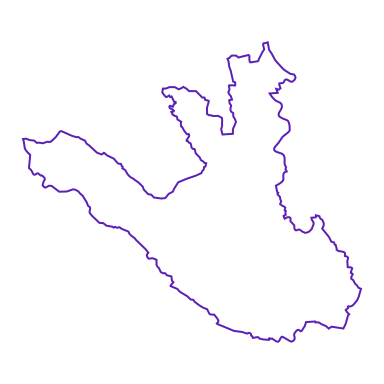 Nho Quan, Ninh Bình, Vietnam (orthographic projection)
{"feature_id": "81297802B37600217906847", "entity_name": "Nho Quan", "entity_type": "district", "adm_level": 2, "iso_a3": "VNM", "parent_name": "Vietnam", "parent_adm1": "Ninh Bình", "projection": "orthographic", "projection_center": [105.744, 20.312], "detail": "fine", "context": "isolated", "style": "outline", "palette": "violet", "viewbox_px": 384, "rotation_deg": 0, "n_neighbors": 0, "source": "geoboundaries", "source_scale": "gbopen_adm2", "svg_char_len": 5981}
<svg xmlns="http://www.w3.org/2000/svg" viewBox="0 0 384 384"><path d="M295.5,77.3L294.9,75.7L294.0,74.5L290.3,73.8L284.8,70.3L282.8,68.6L276.2,61.4L275.0,59.8L271.8,53.8L269.1,49.8L267.7,42.3L265.2,43.2L263.5,43.3L263.3,43.8L263.1,44.9L264.2,49.4L262.6,51.8L259.1,58.6L258.4,60.7L257.5,61.3L250.5,62.4L250.0,62.1L249.7,61.7L249.3,58.7L249.5,56.2L248.6,55.0L238.3,57.5L236.3,55.7L233.5,55.5L231.5,55.7L229.3,58.0L227.5,58.8L228.6,61.7L229.2,66.6L230.6,70.3L233.2,81.6L235.0,82.2L235.2,82.6L235.2,85.4L229.4,85.3L228.9,85.7L229.5,89.3L228.3,92.4L229.5,94.7L230.8,96.1L232.0,99.6L229.3,100.1L229.2,100.6L229.7,103.6L230.8,104.9L231.2,106.2L230.5,107.7L230.5,110.4L231.3,111.8L233.2,113.0L233.3,116.3L235.0,119.3L235.9,121.7L235.7,122.7L232.9,129.2L232.9,133.8L222.5,134.5L221.2,129.4L222.2,125.3L222.0,123.9L222.2,120.3L221.9,117.9L218.3,115.9L212.5,116.0L211.8,115.4L209.1,115.2L207.1,114.1L207.0,107.7L208.7,101.8L208.7,100.8L205.1,99.8L204.5,97.6L202.3,97.5L195.9,91.1L189.2,91.1L186.3,88.6L183.3,86.9L181.0,88.4L178.6,89.3L174.8,87.1L169.5,87.1L166.1,88.5L162.9,88.6L162.3,92.5L165.0,96.1L165.9,96.9L166.7,97.0L169.2,95.5L170.2,97.1L171.6,96.5L174.2,102.0L175.1,101.9L175.7,102.1L175.6,103.3L173.7,104.3L173.1,106.6L172.4,106.7L170.9,105.9L169.9,105.9L169.4,106.5L169.4,107.4L170.2,108.4L172.5,109.4L173.9,110.8L173.7,111.4L171.3,111.8L171.4,112.3L172.1,112.8L172.4,114.5L173.5,114.7L174.4,115.9L176.5,116.3L177.1,117.2L177.4,119.4L181.2,121.8L180.8,123.4L181.2,126.5L182.2,127.1L184.2,130.8L186.6,133.8L187.2,134.3L188.7,134.0L189.1,134.7L189.2,136.1L186.6,140.2L186.7,141.0L188.2,141.4L188.9,142.6L190.4,143.2L190.9,144.2L191.6,147.6L192.8,148.8L194.3,149.0L194.7,149.3L195.8,153.4L199.8,157.5L200.8,160.0L202.7,161.1L204.4,162.8L206.2,163.2L205.4,166.5L204.0,167.1L203.8,169.4L202.2,171.2L201.3,173.2L195.4,175.8L186.6,178.8L178.2,182.3L174.2,188.6L172.9,191.6L168.7,193.9L165.7,197.6L164.8,198.2L161.3,198.5L153.9,197.5L151.3,194.7L148.2,194.2L143.8,189.6L142.7,186.6L138.3,182.3L134.7,179.9L133.6,178.8L130.7,177.3L129.1,175.9L127.5,174.1L125.3,170.2L122.3,168.2L122.7,166.7L121.7,165.8L120.9,163.9L118.7,163.7L117.5,163.0L113.9,158.7L107.1,155.4L104.2,152.9L103.6,152.9L102.3,154.2L101.4,154.4L97.0,152.7L89.2,145.5L86.8,143.8L85.9,142.6L85.1,140.7L80.6,138.7L78.3,137.0L76.5,137.2L72.1,135.9L61.3,131.1L59.9,131.5L55.9,136.9L51.8,140.9L50.0,142.0L47.1,141.8L42.7,143.3L39.8,142.7L36.7,142.8L34.2,140.6L29.8,140.1L26.0,138.7L23.0,139.0L23.7,141.1L24.8,148.3L25.6,149.9L27.4,152.2L30.2,154.9L29.0,168.0L31.2,170.1L33.3,174.1L34.0,174.7L35.3,174.6L37.2,173.3L37.7,173.3L38.5,173.6L40.6,175.5L42.1,175.5L44.2,177.5L44.8,178.4L44.7,179.7L43.5,181.7L42.6,185.4L44.2,187.1L45.6,187.6L49.1,185.7L51.6,185.9L59.2,191.7L66.8,191.5L73.2,189.3L75.4,189.8L78.3,191.3L80.2,193.7L82.7,195.7L86.8,202.5L88.0,205.7L90.0,207.3L90.2,208.7L89.6,211.3L89.7,212.9L92.2,216.0L99.5,222.9L103.2,223.1L106.5,225.7L112.3,226.7L113.8,227.6L115.3,226.9L117.2,227.8L119.4,227.2L121.6,228.8L128.2,231.5L128.8,232.2L129.3,233.7L131.3,235.7L134.7,238.2L135.9,239.8L145.9,249.5L148.3,252.8L147.4,253.7L146.8,255.6L147.8,257.9L148.8,258.7L152.6,258.2L156.5,259.8L156.5,264.9L157.6,266.9L158.9,268.0L160.8,272.1L163.1,273.3L164.7,273.1L165.8,273.8L166.9,275.3L171.4,276.4L172.0,280.7L173.4,282.3L170.6,285.5L170.6,286.1L177.5,289.0L179.1,291.1L181.1,292.6L187.1,296.1L190.7,299.5L193.3,299.8L194.6,301.7L198.7,304.9L203.2,307.7L207.1,309.2L209.3,313.6L209.9,314.2L211.7,314.6L214.3,314.7L217.7,319.1L218.4,320.7L218.2,322.0L216.8,323.4L217.3,324.0L234.0,330.9L242.2,332.0L247.1,333.6L248.5,332.9L249.3,332.9L250.9,333.8L251.2,335.6L252.4,336.4L252.8,337.9L257.7,337.1L258.5,337.4L259.6,338.6L263.2,339.4L268.8,339.9L268.9,338.7L269.4,338.2L270.7,338.9L272.0,338.5L276.0,341.2L277.4,341.7L278.2,341.6L279.1,341.0L280.9,337.6L282.0,336.7L283.1,337.1L290.0,341.1L291.4,341.6L292.1,341.5L293.9,340.2L294.5,339.3L294.7,337.8L294.1,335.0L294.4,333.4L296.5,330.7L297.9,329.8L299.1,330.0L300.5,331.2L301.6,331.0L304.9,325.9L306.0,322.1L314.6,321.5L315.4,321.6L315.5,322.4L318.7,322.4L321.6,324.2L326.0,326.1L328.8,328.6L331.5,326.7L343.4,328.5L345.7,323.8L348.0,315.5L349.2,314.3L346.9,311.9L345.7,310.0L348.2,308.0L347.9,306.6L348.4,306.3L350.8,306.4L351.7,306.0L353.4,304.8L356.4,301.2L357.4,299.8L358.7,296.8L361.0,288.8L358.6,287.8L356.7,285.1L355.0,283.6L353.3,280.2L351.3,278.8L351.3,277.0L352.7,274.3L352.4,273.7L350.9,272.9L350.8,272.4L352.2,268.3L351.4,267.5L347.7,267.1L347.3,260.8L348.1,258.5L347.9,257.4L346.8,256.5L344.9,256.0L345.1,253.3L344.1,252.2L342.4,251.6L338.7,251.1L336.6,249.8L336.7,248.7L335.7,244.9L334.7,244.6L334.0,242.4L331.3,241.7L329.0,237.0L322.2,228.6L323.6,225.8L323.8,223.3L322.2,219.7L320.9,219.0L319.8,217.8L319.4,216.2L315.9,215.3L316.0,216.8L315.6,217.4L311.4,217.7L311.7,219.4L313.6,222.6L313.6,224.3L311.7,229.0L310.1,230.7L308.3,232.1L305.7,232.8L304.8,232.7L302.7,231.8L299.7,229.7L298.8,229.5L296.1,230.4L295.3,230.1L294.4,228.5L294.3,225.4L290.4,221.1L290.6,218.5L290.1,217.7L289.3,217.2L287.1,217.3L284.7,218.7L284.0,217.4L283.6,215.9L285.7,214.8L285.4,213.2L285.8,211.1L284.7,210.5L285.3,207.6L284.5,206.8L282.0,205.6L280.1,204.0L281.2,201.4L280.3,199.2L279.9,196.8L277.6,194.5L277.5,193.9L278.2,192.8L277.2,192.0L275.9,185.7L279.6,183.6L282.2,181.6L283.4,179.8L283.3,175.1L283.6,173.8L284.2,172.6L285.9,171.6L286.7,171.6L286.7,171.2L285.5,169.4L286.1,167.1L285.1,165.5L284.6,163.7L284.6,157.7L284.0,155.6L282.2,153.8L276.4,151.8L275.0,151.0L274.2,149.9L274.1,148.6L274.9,147.0L278.6,142.7L282.7,136.7L287.8,132.7L289.4,131.0L289.7,130.1L289.6,125.7L288.9,122.8L288.1,121.0L286.8,120.1L282.0,118.2L279.2,116.4L278.7,115.5L278.7,113.4L281.3,108.8L281.9,107.2L281.8,105.0L281.2,103.7L280.4,102.9L276.1,100.8L274.2,99.3L271.7,96.5L269.7,93.5L277.7,92.8L276.2,88.9L278.9,89.6L280.5,88.3L279.2,84.5L279.4,83.3L282.7,83.1L283.6,82.4L284.8,80.1L286.1,79.4L287.2,79.6L290.8,81.7L292.3,81.7L294.4,80.0L295.1,78.9L295.5,77.3Z" fill="none" stroke="#5b21b6" stroke-width="2"/></svg>